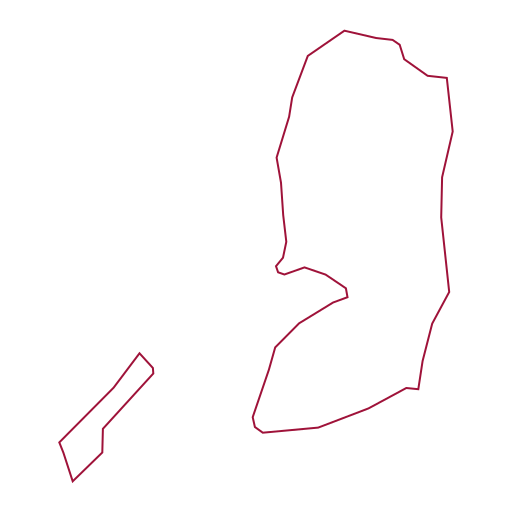 the border of Palestine
{"feature_id": "PSE", "entity_name": "Palestine", "entity_type": "country or territory", "adm_level": 0, "iso_a3": "PSE", "parent_name": "Asia", "parent_adm1": "", "projection": "robinson", "projection_center": [35.031, 31.871], "detail": "fine", "context": "isolated", "style": "outline", "palette": "rose", "viewbox_px": 512, "rotation_deg": 0, "n_neighbors": 0, "source": "natural_earth", "source_scale": "50m", "svg_char_len": 715}
<svg xmlns="http://www.w3.org/2000/svg" viewBox="0 0 512 512"><path d="M446.8,77.9L452.7,131.5L442.1,177.3L441.2,217.4L449.2,292.0L432.2,323.6L422.6,361.0L418.3,389.2L406.3,388.0L368.5,408.4L318.2,427.6L262.8,432.7L254.9,427.0L252.7,417.2L268.9,369.7L275.2,347.4L299.1,323.3L333.1,302.5L347.5,297.2L345.9,288.3L325.6,274.6L304.5,267.4L284.4,274.5L278.1,272.3L276.0,266.2L283.0,257.7L286.3,241.8L283.2,215.1L281.0,182.7L276.6,157.6L289.1,116.8L292.2,97.4L307.8,55.9L344.4,30.7L376.0,38.0L392.6,39.9L399.7,44.8L404.2,59.2L427.6,75.8L446.8,77.9ZM139.5,353.3L152.9,368.0L153.3,373.5L102.9,428.8L102.3,452.5L72.7,481.3L63.4,452.7L59.3,442.4L113.6,387.7L139.5,353.3Z" fill="none" stroke="#9f1239" stroke-width="2"/></svg>